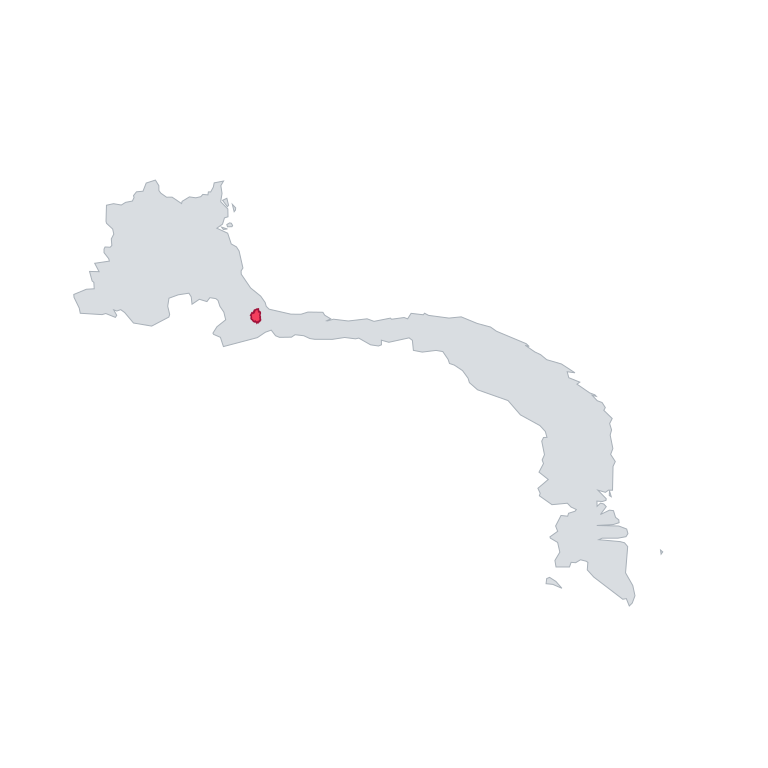 Tan Ky, Nghệ An, Vietnam (highlighted), rotated 306°
{"feature_id": "81297802B12421029194754", "entity_name": "Tan Ky", "entity_type": "district", "adm_level": 2, "iso_a3": "VNM", "parent_name": "Vietnam", "parent_adm1": "Nghệ An", "projection": "equal_earth", "projection_center": [105.224, 19.102], "detail": "fine", "context": "in_parent", "style": "filled", "palette": "rose", "viewbox_px": 768, "rotation_deg": 306, "n_neighbors": 0, "source": "geoboundaries", "source_scale": "gbopen_adm2", "svg_char_len": 6322}
<svg xmlns="http://www.w3.org/2000/svg" viewBox="0 0 768 768"><g transform="rotate(306 384 384)"><path d="M453.9,134.9L448.6,135.4L442.9,141.0L435.5,144.7L433.8,154.8L427.6,159.5L424.6,157.3L418.4,159.4L411.8,157.2L414.1,168.9L407.5,178.1L408.2,184.0L406.4,188.6L394.9,201.7L391.5,201.9L388.9,204.0L383.3,219.6L382.6,232.6L380.1,239.9L377.6,243.1L377.0,247.1L385.8,267.7L391.7,275.9L397.5,280.2L406.1,292.4L404.8,295.6L405.4,302.5L401.4,300.4L401.8,301.2L406.7,305.0L414.0,318.1L426.8,332.0L428.8,339.1L441.1,350.5L440.8,352.0L449.6,361.2L450.6,364.8L457.1,364.4L463.1,375.1L465.1,375.2L465.7,379.7L475.5,397.8L483.7,407.0L487.8,423.9L492.7,436.7L492.8,444.0L500.2,475.3L499.7,479.4L498.3,475.4L498.6,487.2L499.8,493.5L499.3,501.3L504.5,515.8L505.3,531.9L501.6,525.0L497.7,529.8L500.6,541.3L497.3,540.2L497.7,555.6L499.2,561.0L498.8,563.0L497.2,559.0L495.8,566.3L497.2,571.3L495.0,576.9L491.9,577.3L490.2,588.9L484.6,589.8L480.6,595.1L475.6,597.0L466.3,607.1L460.3,608.7L457.2,616.7L452.0,617.7L432.4,631.3L430.1,628.0L426.5,626.8L423.8,619.4L421.8,631.2L420.3,632.0L417.3,629.7L414.4,625.1L410.3,628.3L414.9,629.2L416.1,632.3L415.4,635.9L405.6,635.8L414.5,640.6L416.4,644.1L412.2,649.7L412.1,653.8L410.0,655.7L405.1,652.1L394.6,639.3L407.1,657.4L409.3,665.6L406.3,669.3L402.7,669.5L396.9,664.0L387.5,651.1L384.3,649.3L395.3,667.7L396.9,671.9L395.7,676.7L373.2,690.4L367.2,703.7L360.2,711.5L352.7,713.6L348.6,712.9L352.8,706.2L350.2,703.7L351.1,667.2L353.1,657.7L359.5,653.8L359.5,651.8L357.3,646.3L352.1,644.1L349.7,640.2L345.0,641.6L337.1,630.7L341.7,626.0L351.3,625.1L357.9,617.6L357.1,609.2L357.9,608.1L366.9,611.1L370.0,606.3L381.7,604.5L385.0,610.3L387.9,609.3L393.3,613.3L395.5,613.4L394.4,607.6L395.3,602.4L385.1,590.8L384.9,575.4L387.4,574.6L390.1,569.8L403.3,573.0L403.8,561.2L413.4,559.8L415.5,556.6L421.1,555.4L430.5,545.2L434.5,544.5L436.6,547.2L440.4,542.5L442.0,534.6L439.2,512.5L443.5,494.1L434.3,463.1L435.3,452.3L438.1,448.6L441.0,439.7L440.6,429.7L439.1,424.9L441.6,421.4L444.8,412.5L441.8,406.4L432.3,396.2L428.5,388.0L436.0,381.3L436.1,377.2L420.6,363.4L417.9,356.1L414.2,358.9L411.5,357.2L407.8,350.1L406.3,336.6L403.8,334.4L398.5,324.8L389.8,316.0L379.4,301.6L377.2,297.3L375.9,290.7L371.6,283.1L367.5,281.6L360.3,272.0L359.3,267.9L361.3,261.1L356.2,257.6L347.1,254.3L319.9,232.1L325.6,224.2L324.0,217.0L324.6,215.7L332.1,215.2L342.9,218.2L348.0,212.2L350.4,205.6L354.1,200.5L354.2,197.7L351.5,192.4L346.6,192.3L344.0,184.8L335.7,181.8L341.2,176.8L342.8,172.8L335.2,165.1L327.0,159.6L319.8,163.3L314.3,169.7L311.7,170.6L294.3,162.0L286.1,145.5L289.4,132.2L289.4,127.3L286.0,124.9L285.1,121.7L282.5,127.4L280.0,127.5L277.5,117.5L274.4,115.1L262.7,96.7L266.3,92.8L271.9,82.3L274.1,80.4L285.7,87.5L290.7,93.6L295.7,89.5L295.8,87.3L302.0,79.6L307.4,87.5L311.6,79.0L322.0,89.6L323.6,87.6L325.7,80.3L328.6,78.2L330.9,77.8L333.7,82.1L336.1,82.4L341.1,78.1L346.4,77.3L349.9,73.4L350.9,65.1L352.2,63.5L365.5,54.4L370.9,59.2L374.4,66.3L379.1,68.2L384.1,72.9L387.9,72.2L389.2,70.6L394.0,70.8L398.3,75.7L406.8,73.5L414.6,79.2L412.1,85.3L408.2,88.2L407.2,91.3L407.3,98.3L410.6,102.7L411.0,114.2L413.1,113.3L421.0,116.6L424.0,122.3L427.9,125.7L430.9,126.0L433.5,130.4L436.2,129.0L437.5,130.9L443.0,130.2L446.9,128.4L453.9,134.9ZM324.9,631.6L325.3,639.2L323.3,648.0L321.1,638.3L317.7,632.5L322.2,630.0L324.9,631.6ZM441.9,147.7L437.2,153.2L435.4,153.1L437.7,145.4L441.9,147.7ZM423.2,168.4L421.9,168.5L419.2,165.0L420.6,163.1L423.6,164.4L424.3,166.0L423.2,168.4ZM439.3,160.5L437.4,161.6L435.3,161.5L440.2,155.7L439.3,160.5ZM415.4,160.4L417.4,166.2L414.6,163.2L415.4,160.4ZM430.1,629.2L426.4,634.1L426.2,631.8L430.1,629.2ZM412.0,708.2L409.2,708.2L412.2,705.3L412.0,708.2Z" fill="#d9dde1" stroke="#a8b0b8" stroke-width="1"/><path d="M364.0,245.7L364.1,245.3L364.2,245.2L364.4,245.2L364.6,245.1L364.7,244.8L364.7,244.7L364.8,244.6L365.0,244.7L365.3,244.7L365.5,244.5L365.5,244.4L365.8,244.3L365.8,244.2L366.1,243.9L366.2,243.7L366.3,243.5L366.3,243.4L366.5,243.3L366.6,243.2L366.9,243.0L367.0,242.9L367.3,242.8L367.5,242.8L367.6,242.7L367.8,242.6L368.0,242.5L368.3,242.5L368.5,242.4L368.7,242.2L368.8,242.2L369.1,241.9L369.3,241.7L369.4,241.4L369.5,241.2L369.5,240.9L369.5,240.7L369.5,240.4L369.4,240.3L369.0,240.6L368.9,240.6L368.8,240.4L368.7,240.3L368.7,240.2L368.8,240.2L369.0,240.2L369.3,239.8L369.6,239.4L369.8,239.2L370.1,238.9L370.4,238.6L370.7,238.3L370.8,238.3L370.8,238.2L370.7,238.2L370.8,238.1L370.6,237.9L370.4,237.7L370.2,237.5L370.0,237.4L369.8,237.2L369.7,237.2L369.6,236.9L369.4,236.9L369.1,236.7L368.7,236.8L368.4,236.9L368.5,236.8L368.5,236.7L368.4,236.6L368.2,236.5L368.3,236.4L368.2,236.2L367.9,235.9L367.7,235.9L367.7,236.1L367.2,236.3L367.2,236.2L367.1,235.9L366.9,236.0L366.7,236.0L366.6,236.5L366.3,236.7L366.2,236.7L366.2,236.8L365.8,236.8L365.7,236.8L365.6,236.7L365.4,236.7L365.4,236.8L365.3,237.0L365.3,236.9L365.2,236.9L365.2,236.7L365.1,236.8L364.9,236.8L364.8,236.7L364.7,236.7L364.7,236.4L364.5,236.1L364.4,236.1L364.3,235.9L364.2,235.8L364.0,236.0L363.9,236.0L363.8,235.9L363.6,235.8L363.6,235.7L363.5,235.8L363.4,235.7L363.2,235.6L362.9,235.6L362.7,235.5L362.3,235.7L362.2,235.7L361.9,235.6L361.7,235.7L361.4,235.7L361.2,235.7L361.2,235.8L361.2,236.0L361.2,236.3L361.2,236.5L360.8,236.8L360.7,236.8L360.5,237.0L360.4,237.1L360.2,237.3L360.1,237.5L359.9,237.7L359.7,237.7L359.6,237.8L359.4,237.8L359.2,237.7L359.0,237.9L358.9,238.0L358.9,238.3L358.8,238.5L358.6,238.6L358.4,238.9L358.4,239.0L358.5,239.2L358.6,239.4L358.6,239.5L358.7,239.8L358.7,240.0L358.4,240.3L358.3,240.5L358.3,240.8L358.2,240.9L358.1,241.0L358.0,241.3L358.0,241.5L358.0,241.9L358.1,242.0L358.2,242.3L358.1,242.5L358.2,242.8L358.3,242.8L358.6,242.9L358.9,242.8L359.1,242.8L359.0,243.1L359.1,243.3L359.1,243.5L358.8,243.6L358.9,243.8L358.9,244.0L358.8,244.4L358.8,244.5L358.8,244.8L358.9,245.0L359.0,245.0L358.9,245.1L359.0,245.1L359.3,245.2L359.5,245.3L359.5,245.6L359.4,245.7L359.4,245.8L359.4,246.1L359.5,246.1L359.9,245.9L360.0,245.8L360.1,245.7L360.3,245.7L360.5,245.8L360.6,246.1L360.8,246.1L360.9,246.3L361.0,246.3L361.4,246.3L361.5,246.4L361.5,246.5L361.8,246.5L362.0,246.6L362.3,246.5L362.5,246.5L362.5,246.4L362.6,246.5L362.8,246.4L363.0,246.2L363.2,246.3L363.2,246.2L363.4,246.1L363.5,246.1L363.7,245.8L363.8,245.8L363.9,245.7L364.0,245.7Z" fill="#f43f5e" stroke="#9f1239" stroke-width="1.5"/></g></svg>